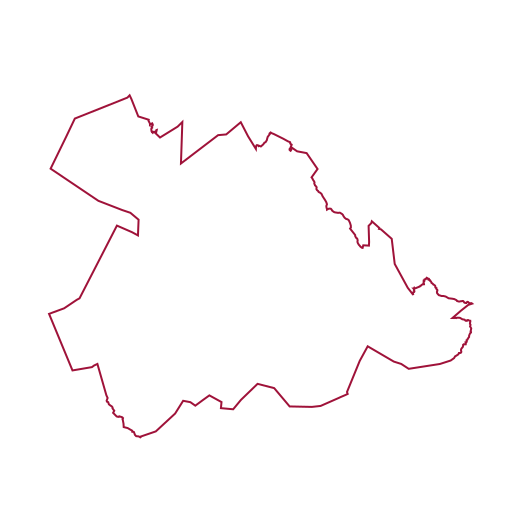 the district of San Nicolás Tolentino, San Luis Potosí, Mexico, rotated 265°
{"feature_id": "50627088B31114967632852", "entity_name": "San Nicolás Tolentino", "entity_type": "district", "adm_level": 2, "iso_a3": "MEX", "parent_name": "Mexico", "parent_adm1": "San Luis Potosí", "projection": "albers", "projection_center": [-100.453, 22.148], "detail": "fine", "context": "isolated", "style": "outline", "palette": "rose", "viewbox_px": 512, "rotation_deg": 265, "n_neighbors": 0, "source": "geoboundaries", "source_scale": "gbopen_adm2", "svg_char_len": 5926}
<svg xmlns="http://www.w3.org/2000/svg" viewBox="0 0 512 512"><g transform="rotate(265 256 256)"><path d="M189.7,467.2L190.0,466.9L190.2,466.6L190.3,466.4L190.3,465.9L190.2,465.5L190.2,465.3L190.3,464.8L190.4,464.6L191.0,463.8L191.1,463.7L191.3,463.6L191.6,463.4L191.7,463.2L191.9,462.8L191.9,462.5L191.8,462.3L191.6,462.1L191.4,461.9L191.2,461.6L190.8,461.4L190.8,461.1L191.0,460.8L191.0,460.6L191.2,460.2L191.2,459.9L191.4,459.5L191.6,459.4L193.0,458.6L193.2,457.9L193.2,457.6L193.0,457.1L193.1,456.7L193.1,456.2L192.9,454.8L193.0,454.0L193.2,453.4L193.5,452.9L193.6,452.4L194.5,451.9L195.8,449.8L196.4,447.6L197.1,444.2L199.1,441.4L199.8,439.3L200.0,437.3L200.8,435.5L201.0,434.8L201.6,434.3L202.1,433.9L202.6,433.7L202.9,433.3L203.2,433.2L204.0,433.1L204.5,433.1L204.8,433.2L205.1,433.4L205.7,433.7L206.1,433.6L206.6,433.6L206.8,433.2L207.6,432.8L207.9,432.7L208.3,432.9L208.8,432.2L209.0,432.0L209.4,431.9L210.2,432.0L210.6,431.9L211.0,431.7L211.4,431.2L211.6,431.0L211.9,430.6L212.1,430.4L212.2,430.1L212.4,430.0L212.8,429.8L213.0,429.6L213.2,429.4L213.5,429.0L213.7,428.9L213.9,428.5L214.5,428.4L215.2,428.1L215.6,427.8L215.7,427.6L216.0,427.5L216.3,427.5L216.5,427.4L216.4,427.0L217.4,426.0L217.5,425.6L218.0,425.4L217.8,426.4L218.1,426.3L218.1,426.0L218.1,425.8L218.6,425.4L218.8,424.6L219.1,424.6L219.4,424.2L218.8,423.7L218.7,423.4L218.4,423.4L218.1,423.1L218.1,422.2L218.0,421.8L217.4,421.4L217.2,421.2L216.5,421.6L216.3,421.5L216.5,420.9L216.4,420.9L215.2,420.6L214.1,420.8L213.6,420.9L213.2,420.9L213.2,420.3L213.3,420.2L213.2,419.6L213.3,419.5L212.7,418.4L212.4,418.1L212.2,417.9L212.0,417.5L212.0,417.3L211.8,417.2L211.5,416.5L211.2,416.3L211.1,415.7L211.1,415.4L210.8,414.8L210.5,413.7L210.2,412.9L210.0,411.8L210.0,411.6L209.8,411.4L210.1,411.0L210.5,410.8L209.9,410.3L209.9,410.2L209.7,410.4L209.4,410.4L208.9,410.4L208.6,410.3L208.2,410.3L207.9,410.5L207.5,410.7L206.8,410.7L206.3,410.3L206.2,409.6L206.1,409.4L205.8,409.1L205.6,409.0L205.0,409.0L204.5,409.2L203.5,409.3L211.1,404.4L236.0,393.5L261.3,392.7L272.0,382.5L271.8,382.6L272.3,380.9L273.2,381.3L280.5,374.4L278.7,373.7L276.2,370.8L260.1,369.9L256.5,369.4L257.3,363.8L254.8,362.9L255.0,362.2L256.4,360.7L257.4,360.1L258.1,359.5L259.9,358.6L261.2,358.3L261.9,358.4L262.4,358.6L263.0,358.6L264.6,358.3L264.8,358.0L265.4,357.3L267.1,356.6L268.3,356.6L275.1,352.1L276.1,353.0L278.1,353.1L280.9,352.5L283.6,351.5L284.6,350.4L285.0,349.1L286.4,347.6L288.2,346.6L289.5,346.1L290.4,345.3L291.8,343.4L291.9,342.8L291.8,341.6L292.6,338.4L293.1,337.4L294.2,336.2L294.7,335.7L295.6,335.4L296.5,334.7L296.8,333.7L296.7,332.3L296.0,330.8L296.8,330.8L297.8,330.5L299.6,330.4L301.4,331.2L303.5,330.7L305.5,329.8L309.6,327.6L312.1,326.7L313.4,325.5L314.1,324.3L314.6,323.8L315.3,323.6L316.2,322.6L317.4,322.0L318.0,322.1L318.6,322.2L319.1,322.4L319.4,322.3L320.0,322.0L321.3,320.9L322.0,320.8L322.4,320.6L323.0,320.4L323.5,320.4L324.2,320.7L324.6,320.6L325.3,320.4L325.9,320.0L327.4,319.2L328.0,319.1L328.4,318.9L329.5,318.2L337.3,324.9L354.1,315.4L356.7,306.1L360.6,301.4L359.9,300.9L358.0,299.9L357.8,299.6L358.8,298.7L359.0,298.7L359.7,298.8L360.1,299.2L360.3,299.4L360.4,299.5L360.7,299.8L361.5,300.1L361.8,300.2L363.4,301.1L363.8,301.2L364.1,300.6L364.5,300.5L364.9,300.0L365.2,299.9L365.7,300.0L366.4,299.9L367.4,297.9L370.5,293.3L376.0,284.3L376.9,282.5L377.8,281.3L376.9,280.2L376.3,280.4L374.6,278.9L373.6,278.0L371.5,277.2L370.3,276.8L369.7,276.3L368.5,275.4L368.2,274.3L366.6,273.0L365.2,271.1L364.7,270.4L365.5,268.8L365.2,268.2L366.2,267.5L366.3,266.3L365.8,265.9L365.0,265.6L364.1,265.4L362.7,265.2L376.0,258.5L390.6,252.5L379.7,236.9L379.7,228.8L354.7,189.3L395.9,194.3L391.7,189.2L382.4,170.7L387.0,166.7L387.0,167.0L390.2,168.1L390.1,167.7L389.1,167.2L388.3,166.9L387.7,166.2L388.7,165.3L388.6,164.7L387.7,163.9L388.2,163.5L388.4,163.2L389.1,163.4L389.5,162.8L391.7,162.7L392.5,163.3L392.8,163.7L393.0,163.6L393.9,163.1L394.9,164.4L395.6,164.6L396.1,164.6L397.2,164.1L395.9,161.8L397.1,161.9L397.6,161.7L400.1,160.7L401.1,161.0L405.3,150.9L423.4,145.5L427.1,144.1L425.0,141.7L408.7,87.5L391.2,77.2L360.9,59.0L324.7,103.8L313.4,126.8L310.0,134.6L302.4,142.2L286.8,140.2L290.5,134.6L298.4,120.1L229.2,76.5L228.0,73.7L220.6,60.3L216.4,44.8L158.0,63.2L159.6,82.9L161.0,85.1L162.3,88.6L130.3,94.8L127.5,95.8L124.9,94.6L123.9,94.8L123.3,96.0L121.1,96.5L119.6,98.1L118.9,99.1L117.7,99.9L116.7,99.8L114.2,101.3L112.2,100.0L108.3,103.2L107.8,104.6L107.7,105.4L108.2,105.8L107.2,108.3L106.9,108.8L106.6,108.9L106.1,109.4L105.3,109.1L105.1,108.8L104.5,109.0L100.4,109.4L97.1,109.3L95.8,113.1L92.7,117.5L91.7,117.4L91.3,119.0L90.0,119.4L88.4,119.8L87.0,120.9L86.8,121.7L86.6,123.1L86.1,124.1L85.5,124.9L84.9,125.5L86.1,125.1L90.0,140.9L106.1,161.7L118.1,170.8L116.1,177.9L112.2,182.5L117.1,190.5L121.2,197.4L113.5,208.9L107.5,207.8L105.3,219.9L114.0,228.5L128.5,246.4L122.8,262.6L103.2,276.4L100.8,298.5L101.0,307.3L107.4,326.1L108.1,328.0L109.7,332.9L110.6,335.3L112.6,334.8L142.5,350.2L156.3,359.4L138.8,384.1L135.8,391.3L130.3,398.3L132.4,429.8L134.9,440.8L137.0,444.4L138.7,445.6L139.3,447.0L139.6,447.5L140.4,449.0L141.7,449.7L141.6,451.1L141.9,451.8L142.6,452.2L143.5,452.1L143.8,452.0L144.8,452.1L145.4,452.3L146.3,453.0L147.2,454.0L148.5,454.5L149.5,454.6L150.0,455.4L149.8,456.1L149.7,457.2L150.3,457.4L151.8,457.2L151.9,458.2L152.3,458.5L153.2,458.5L153.7,458.4L154.1,459.2L154.7,459.4L155.2,460.1L156.0,460.4L156.7,461.2L158.2,461.4L160.1,462.4L160.7,462.9L161.0,463.5L161.6,463.6L162.2,463.2L163.6,463.7L165.2,464.1L167.2,463.1L167.8,463.4L168.8,463.7L169.6,463.4L169.8,463.2L170.9,463.4L171.9,463.8L172.8,463.8L172.9,463.1L173.4,462.2L173.7,461.8L173.7,461.0L173.0,460.4L173.4,459.7L173.3,459.1L174.4,458.2L175.0,456.0L176.5,454.0L176.8,453.0L176.9,452.1L177.0,450.7L176.7,450.0L177.0,449.5L176.9,448.6L177.2,448.4L177.3,447.6L177.0,447.2L177.1,446.3L183.8,455.6L188.8,463.2L189.7,467.2Z" fill="none" stroke="#9f1239" stroke-width="2"/></g></svg>